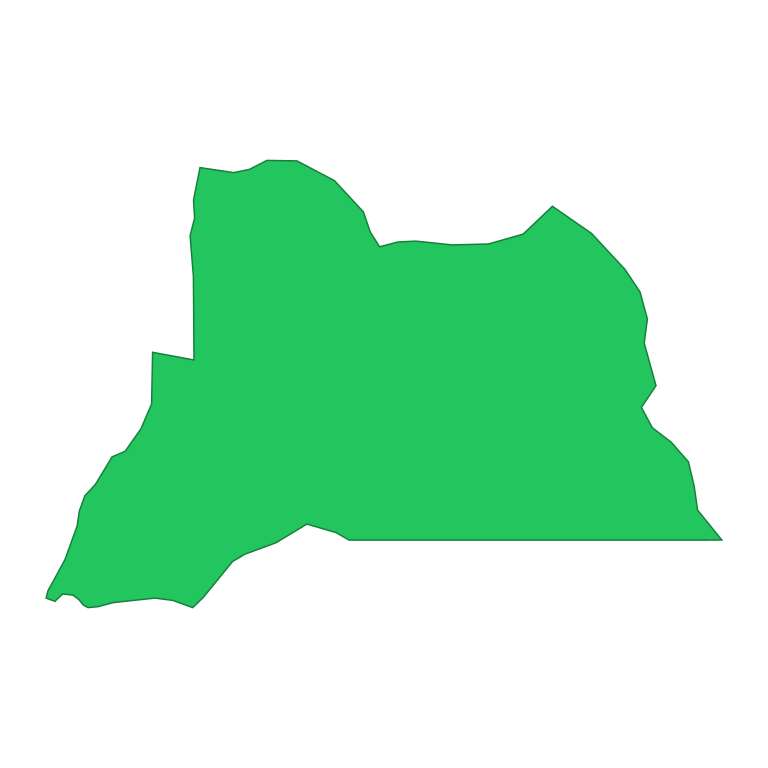 the County of Isingiro
{"feature_id": "UGA-3370", "entity_name": "Isingiro", "entity_type": "County", "adm_level": 1, "iso_a3": "UGA", "parent_name": "Uganda", "parent_adm1": "", "projection": "natural_earth1", "projection_center": [30.796, -0.839], "detail": "fine", "context": "isolated", "style": "filled", "palette": "green", "viewbox_px": 768, "rotation_deg": 0, "n_neighbors": 0, "source": "natural_earth", "source_scale": "10m", "svg_char_len": 944}
<svg xmlns="http://www.w3.org/2000/svg" viewBox="0 0 768 768"><path d="M55.1,601.4L46.1,598.1L47.9,590.9L64.9,559.8L77.1,526.1L79.4,510.8L84.9,495.7L95.4,484.4L112.1,456.8L125.1,451.3L141.0,428.7L151.6,404.0L152.6,352.3L194.0,360.0L193.4,276.5L190.1,235.7L194.6,218.0L193.5,200.1L200.0,167.6L233.7,172.6L249.4,169.4L266.9,160.4L297.0,160.9L334.5,180.7L363.4,211.9L370.3,232.1L379.6,246.8L397.8,242.0L415.7,241.1L452.0,244.9L488.4,244.0L523.2,234.1L552.4,206.3L591.5,233.4L624.9,269.3L640.0,291.9L647.4,319.0L644.2,343.1L656.0,385.7L641.4,407.4L652.4,427.8L671.2,442.2L688.4,461.8L694.2,486.2L697.6,510.1L713.3,529.5L721.8,540.0L704.3,540.1L553.4,540.1L402.4,540.1L349.1,540.1L336.0,532.6L306.9,524.1L275.9,542.8L244.6,554.3L232.6,561.5L203.2,597.5L192.7,607.6L172.8,600.4L154.8,598.1L113.3,602.6L97.9,606.7L88.0,607.6L83.3,605.1L79.1,599.8L72.9,595.1L62.7,594.0L56.1,600.2L55.1,601.4Z" fill="#22c55e" stroke="#15803d" stroke-width="1.5"/></svg>